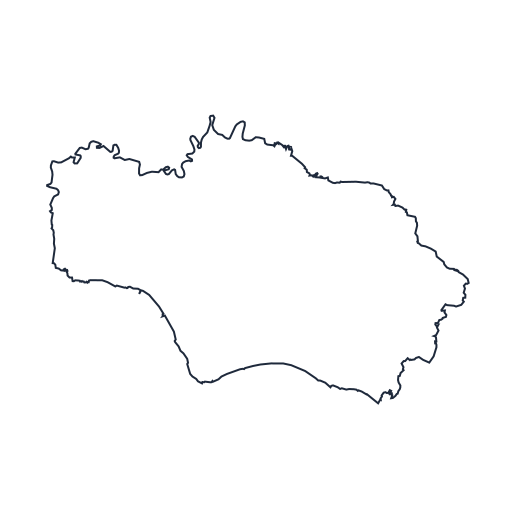 outline of Tuban, Jawa Timur, Indonesia, rotated 185°
{"feature_id": "22746128B21203406788524", "entity_name": "Tuban", "entity_type": "district", "adm_level": 2, "iso_a3": "IDN", "parent_name": "Indonesia", "parent_adm1": "Jawa Timur", "projection": "albers", "projection_center": [111.881, -6.959], "detail": "fine", "context": "isolated", "style": "outline", "palette": "slate", "viewbox_px": 512, "rotation_deg": 185, "n_neighbors": 0, "source": "geoboundaries", "source_scale": "gbopen_adm2", "svg_char_len": 6080}
<svg xmlns="http://www.w3.org/2000/svg" viewBox="0 0 512 512"><g transform="rotate(185 256 256)"><path d="M75.9,271.2L77.4,276.1L82.5,278.6L88.0,280.4L92.2,280.8L95.0,282.9L96.0,283.1L96.6,284.5L96.0,284.9L96.9,289.7L99.3,292.4L98.1,300.3L98.6,303.1L99.7,304.5L100.1,307.6L101.0,308.9L108.7,309.8L109.5,312.6L110.6,313.0L110.2,316.0L110.6,315.3L112.0,315.1L114.3,317.0L118.8,318.6L121.5,318.0L122.2,319.3L124.0,318.9L123.4,319.7L123.2,322.4L122.1,325.0L123.9,326.9L125.6,326.4L125.6,327.4L126.8,327.9L127.1,329.0L129.3,331.2L129.8,332.9L131.3,332.7L134.1,333.8L136.7,337.2L145.2,338.5L148.2,338.2L149.5,339.0L151.4,339.2L153.8,338.6L162.9,338.7L176.8,337.2L178.2,337.5L179.0,336.3L181.7,336.3L183.6,335.5L185.8,335.6L190.5,337.6L191.3,340.5L194.0,339.3L197.8,339.6L197.2,340.6L198.0,341.0L198.7,340.9L198.7,339.8L203.0,339.7L202.9,341.2L201.8,343.3L202.3,343.9L203.6,343.2L204.9,340.5L205.3,341.1L205.9,340.3L206.3,341.0L206.6,340.6L207.8,341.2L209.7,340.8L209.4,341.8L210.1,343.0L212.6,344.1L213.0,346.4L215.2,347.7L214.8,348.7L218.3,351.9L228.7,359.0L229.9,358.9L229.0,363.6L230.1,366.2L231.0,364.9L232.3,365.0L232.6,366.9L231.8,367.7L233.1,367.7L233.2,368.5L232.4,369.1L234.4,368.2L235.4,365.2L236.6,368.3L237.8,368.2L236.7,366.9L237.5,366.6L239.7,368.9L243.4,370.9L243.4,369.8L244.9,370.7L245.3,369.9L246.7,370.0L246.4,369.4L247.2,369.5L247.5,368.7L246.8,368.0L247.2,366.9L248.4,367.8L254.5,368.0L256.7,369.1L258.0,373.4L263.3,374.3L266.6,374.3L270.3,371.0L272.8,370.3L276.7,370.4L279.2,371.3L279.9,373.5L279.9,376.8L278.5,385.1L278.9,388.1L280.7,389.0L283.0,388.3L286.6,385.4L287.9,383.4L292.3,371.1L293.0,370.5L294.7,370.4L297.3,371.4L300.2,373.7L304.4,374.2L309.0,378.0L311.0,382.6L309.4,390.0L310.9,392.1L313.5,391.5L314.2,389.8L312.9,385.5L313.6,381.5L315.3,374.8L319.1,370.0L320.2,367.4L320.7,364.3L320.4,360.0L320.9,359.0L322.3,358.5L323.4,359.4L323.7,360.7L322.7,362.6L322.8,363.9L327.5,369.4L329.5,370.1L331.2,369.2L331.7,367.0L331.4,365.7L328.0,360.0L326.6,356.7L326.6,354.6L328.4,352.5L333.1,351.5L333.8,350.3L332.5,348.7L328.2,346.6L328.0,345.2L329.2,344.6L330.9,345.3L334.4,344.3L336.7,342.7L337.7,341.1L337.9,338.3L335.3,334.4L334.4,331.3L334.9,328.9L336.6,327.8L339.6,327.7L341.4,328.7L343.1,330.6L344.1,334.7L345.1,335.2L347.2,334.0L350.0,330.0L351.4,329.5L352.9,329.9L355.1,332.6L354.3,333.4L350.5,334.8L350.2,336.4L351.6,337.3L353.6,336.6L356.1,333.9L358.0,334.0L360.4,331.0L367.0,330.9L371.8,329.3L376.4,326.7L378.5,326.3L379.7,328.0L380.1,333.2L379.6,337.0L380.6,339.6L390.6,341.6L395.1,340.2L400.2,342.4L405.5,341.0L406.4,341.5L406.4,342.6L405.6,344.1L402.3,345.9L401.6,346.9L401.6,348.9L402.7,351.7L404.8,354.6L406.5,354.5L407.7,353.7L408.0,348.3L408.9,347.3L410.2,347.0L417.5,352.3L421.3,350.0L423.9,349.9L424.1,351.3L420.9,352.6L420.3,353.8L423.0,355.1L428.1,356.2L430.1,355.4L431.5,353.7L432.1,349.3L432.7,348.2L435.1,347.5L439.0,348.8L441.0,348.3L444.9,342.1L444.7,341.4L439.9,340.9L439.3,340.2L439.2,338.5L442.2,332.7L444.8,332.4L445.9,333.5L445.1,338.3L448.0,338.1L449.1,338.9L450.8,337.1L458.2,332.3L461.2,331.8L465.6,332.8L467.1,332.5L468.2,328.4L468.1,326.2L466.4,322.4L465.8,319.2L466.1,311.4L467.1,309.9L470.2,308.5L470.2,307.6L467.4,306.6L460.6,305.6L458.9,304.3L458.0,302.5L458.5,300.1L462.2,297.8L463.2,296.0L465.4,289.3L463.6,286.1L463.4,284.1L465.1,282.7L464.2,281.6L462.2,280.9L462.9,273.5L462.2,269.6L461.7,269.2L461.6,266.7L462.1,265.7L460.2,264.0L459.5,261.6L459.6,259.7L458.5,255.5L458.4,250.7L457.1,246.2L457.9,231.2L456.7,231.2L455.2,229.9L454.4,226.7L451.4,226.3L448.9,224.7L446.9,224.7L446.4,225.9L445.2,226.7L444.5,226.1L444.8,224.8L442.9,225.5L442.5,224.6L443.2,223.7L442.4,222.4L442.0,220.1L439.9,218.3L437.4,218.5L436.5,215.0L435.3,215.0L434.0,216.0L431.0,216.1L429.4,216.0L429.0,215.2L427.9,215.6L428.1,214.6L427.6,215.3L425.4,215.6L424.7,214.7L422.9,214.9L422.6,215.5L421.5,214.8L421.2,215.5L420.4,215.4L420.2,217.0L418.8,217.5L407.0,218.4L401.6,217.0L393.5,213.4L392.1,214.4L384.3,213.0L383.2,213.3L381.9,212.7L381.2,212.9L380.6,214.0L378.9,214.4L375.5,212.9L370.7,213.1L367.9,211.8L369.1,208.0L367.5,211.8L365.5,211.4L359.0,207.9L348.2,197.2L343.2,190.5L344.5,189.3L343.8,189.5L343.8,188.9L343.2,188.6L343.7,187.8L341.6,188.7L331.2,173.5L328.7,165.8L329.6,164.2L329.0,163.1L325.2,159.2L323.0,155.0L319.8,152.7L315.6,147.6L314.4,143.7L315.1,142.4L311.3,132.8L308.8,130.4L304.8,128.3L302.9,126.1L298.7,124.4L298.4,125.8L296.7,125.7L296.0,126.4L290.4,126.2L289.3,126.4L288.5,127.7L287.9,127.0L282.6,129.9L279.9,132.9L274.6,136.0L262.0,141.8L259.2,142.5L258.0,142.3L257.1,143.4L249.3,146.2L242.1,148.3L231.6,150.3L219.4,151.3L211.4,150.3L197.0,145.7L185.8,139.4L183.2,137.4L181.1,137.5L175.9,135.8L170.4,131.7L169.7,133.2L168.0,133.8L163.2,132.4L160.6,130.9L159.0,131.7L154.4,130.8L151.6,131.6L146.9,131.8L144.3,131.6L142.8,130.5L142.2,131.1L138.9,130.2L133.8,127.7L133.5,128.0L121.5,119.9L119.7,123.8L119.2,123.6L119.5,124.9L118.3,127.0L118.7,128.0L116.9,131.0L115.1,131.6L113.8,130.9L112.3,131.2L111.0,134.0L109.6,133.4L111.0,130.2L110.6,129.9L109.4,131.2L108.7,131.1L108.6,129.3L108.1,129.1L108.9,126.1L107.3,126.5L104.9,128.8L103.8,130.8L102.9,131.2L102.4,133.8L101.2,135.8L100.8,137.6L100.9,139.6L102.9,142.4L103.7,144.8L103.7,148.7L102.3,149.1L101.8,152.0L99.0,155.1L99.8,156.0L99.4,158.1L101.6,161.6L99.7,164.2L98.3,164.3L96.0,167.4L93.7,165.7L93.0,166.3L92.3,166.0L89.1,166.8L87.7,168.4L84.9,169.6L80.5,167.1L74.1,164.9L70.3,171.5L68.3,180.8L68.5,183.2L69.1,184.7L69.9,184.6L70.2,186.6L68.9,186.7L69.6,190.6L70.3,191.5L71.7,191.8L69.7,192.9L67.7,197.6L69.5,200.5L68.5,203.0L70.2,202.1L71.4,203.4L71.3,204.8L68.9,205.1L67.8,208.2L66.0,208.7L64.7,209.8L64.6,210.6L61.5,211.9L61.2,213.8L63.3,216.2L63.1,218.2L66.3,217.6L66.6,218.3L63.0,224.4L61.4,223.7L54.4,223.7L52.3,223.1L47.3,225.2L45.0,228.6L46.2,229.8L45.9,232.4L43.9,232.7L44.0,235.6L45.9,237.5L45.0,241.8L46.3,244.5L44.6,246.8L43.1,246.7L41.8,247.7L43.1,251.5L48.2,255.6L52.7,257.6L53.2,258.8L54.7,259.7L55.3,259.7L55.0,258.8L57.3,259.3L57.7,260.4L62.0,260.2L64.8,261.2L67.7,264.1L68.5,266.4L75.9,271.2Z" fill="none" stroke="#1e293b" stroke-width="2"/></g></svg>